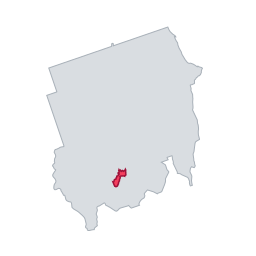 location of Al Idia, North Kordufan, Sudan, rotated 341°
{"feature_id": "16777658B26107376384565", "entity_name": "Al Idia", "entity_type": "district", "adm_level": 2, "iso_a3": "SDN", "parent_name": "Sudan", "parent_adm1": "North Kordufan", "projection": "natural_earth1", "projection_center": [27.878, 11.926], "detail": "fine", "context": "in_parent", "style": "filled", "palette": "rose", "viewbox_px": 256, "rotation_deg": 341, "n_neighbors": 0, "source": "geoboundaries", "source_scale": "gbopen_adm2", "svg_char_len": 5349}
<svg xmlns="http://www.w3.org/2000/svg" viewBox="0 0 256 256"><g transform="rotate(341 128 128)"><path d="M170.2,203.1L168.2,203.1L168.0,202.6L168.0,201.1L168.2,199.9L168.9,198.1L168.7,197.1L168.8,195.7L168.3,194.1L163.4,189.5L162.5,188.2L159.9,187.0L160.3,185.7L159.2,176.2L159.8,175.1L159.9,173.5L159.9,172.0L160.5,169.6L160.5,168.5L155.4,168.5L155.3,169.5L155.6,170.7L155.6,171.1L148.4,171.2L151.3,174.9L151.4,176.5L151.3,178.6L151.3,179.9L151.5,180.7L152.3,182.4L152.2,182.7L152.1,183.1L147.0,188.1L146.2,190.4L145.5,191.6L144.0,193.6L139.4,198.9L138.6,199.3L135.1,199.4L134.8,199.6L134.5,199.8L134.3,199.8L131.3,196.6L126.2,192.9L122.8,194.8L121.9,195.6L121.9,197.4L121.4,198.3L120.5,199.3L118.0,199.9L116.7,200.5L115.2,201.5L113.7,203.2L113.5,204.1L113.7,204.8L105.1,204.8L104.6,204.2L103.3,201.4L102.4,201.6L94.6,201.2L93.5,201.5L91.2,202.7L90.1,202.9L89.0,202.3L84.8,196.8L84.0,196.1L83.0,194.8L82.2,194.3L81.9,193.8L81.8,193.2L81.8,192.0L81.5,191.3L80.9,191.1L75.3,192.4L74.5,192.2L73.4,192.5L73.0,192.7L72.5,193.4L72.4,194.9L72.3,195.7L71.8,196.5L70.3,198.4L69.9,199.2L70.0,201.3L69.9,202.3L69.6,202.8L68.9,203.6L68.7,204.0L68.4,206.7L67.5,208.3L67.3,208.8L67.3,210.0L67.1,210.4L64.6,211.3L63.7,211.8L63.1,212.7L63.0,213.1L61.9,212.8L60.6,212.6L57.9,212.3L56.9,211.9L56.4,211.2L56.6,209.6L56.3,209.3L55.9,209.0L55.6,208.3L55.7,207.5L57.1,205.6L57.3,204.7L57.7,200.0L57.6,198.6L56.5,196.0L54.0,191.5L53.4,190.6L50.3,186.9L50.0,186.4L49.2,184.8L50.0,181.4L50.1,180.5L49.9,179.5L49.1,178.8L48.4,178.7L47.5,177.8L46.9,177.3L46.3,176.5L46.0,175.4L46.3,171.4L46.1,170.9L45.3,170.7L45.1,170.4L45.1,169.6L44.7,167.3L44.2,165.4L44.5,164.4L43.8,163.0L42.6,162.4L40.1,162.8L39.3,162.7L38.7,162.5L38.4,162.0L38.2,161.3L38.4,160.4L39.1,158.7L40.0,157.3L41.8,156.0L42.3,155.3L42.6,154.6L42.6,153.7L42.5,152.8L42.3,151.9L41.8,150.8L41.3,149.5L41.3,148.7L41.5,148.0L42.0,147.3L43.8,145.8L45.6,144.5L46.0,144.1L45.8,143.6L45.0,142.6L44.8,140.6L44.3,139.2L45.2,138.2L45.9,137.8L47.0,137.5L47.4,137.1L47.5,136.2L47.5,135.4L47.9,134.8L48.4,133.6L48.8,133.0L50.3,131.5L50.6,130.6L50.7,129.6L50.3,126.9L51.1,125.7L52.1,124.7L53.6,124.8L55.9,124.6L57.5,124.2L58.6,124.2L61.2,124.7L61.4,124.5L61.6,123.8L61.8,70.7L72.3,70.7L72.5,70.6L72.6,45.5L138.6,45.5L139.1,45.4L140.1,43.0L140.6,42.9L141.2,43.0L141.5,43.6L140.9,45.5L198.5,45.5L198.7,48.3L199.2,50.6L200.9,53.9L202.3,55.7L202.8,56.7L202.9,57.1L202.8,57.5L202.4,57.1L201.7,56.7L201.6,58.3L202.0,61.4L202.6,63.6L202.2,65.7L202.3,69.1L203.1,73.3L203.0,75.9L204.3,82.1L205.5,85.5L206.2,86.3L206.9,86.8L208.3,87.1L210.4,88.8L212.0,90.7L212.6,91.6L213.4,92.7L214.0,92.5L214.3,92.2L214.8,93.1L217.4,94.9L217.8,95.8L216.9,96.6L215.9,98.0L215.4,99.4L215.1,99.8L214.2,100.6L214.1,101.0L213.7,101.3L213.3,101.3L212.5,101.8L211.7,101.6L210.9,101.9L210.6,102.2L209.9,102.5L209.1,102.6L207.8,103.8L206.6,104.3L206.2,104.8L205.6,107.0L205.2,107.6L203.5,107.7L202.6,107.9L201.5,107.6L200.9,107.7L200.7,108.1L200.6,110.1L200.6,110.9L199.7,113.1L200.0,117.3L199.1,120.4L199.0,121.1L198.0,123.5L197.6,124.4L196.4,129.0L195.9,130.4L194.9,131.9L196.1,142.9L195.3,146.3L195.3,148.1L194.7,150.8L194.3,152.1L193.5,153.6L192.9,155.3L192.3,157.5L192.0,161.8L191.8,162.1L188.7,162.7L187.7,163.0L187.1,163.4L186.3,164.5L184.8,167.5L183.9,169.3L182.7,171.8L181.2,173.6L180.9,174.4L180.6,176.0L180.1,178.6L179.6,180.3L179.7,181.8L179.2,184.3L179.3,185.5L178.8,186.2L178.1,186.8L177.6,187.0L175.4,185.3L173.9,186.5L173.0,188.1L172.3,189.7L172.7,193.2L172.7,194.0L172.5,194.8L171.0,198.2L170.6,199.8L170.2,202.5L170.2,203.1Z" fill="#d9dde1" stroke="#a8b0b8" stroke-width="1"/><path d="M96.5,178.7L97.0,179.0L97.3,179.5L97.7,179.6L98.1,179.6L98.5,179.5L98.8,179.5L99.1,179.4L99.3,179.2L99.8,178.7L99.9,178.3L100.1,178.2L100.7,177.8L100.8,177.6L100.8,177.4L101.1,177.0L101.3,176.6L101.4,176.4L101.7,176.1L102.2,175.5L102.7,175.2L103.0,174.2L103.4,173.7L103.7,173.4L104.5,172.5L104.5,171.3L104.6,171.1L104.8,171.0L105.7,171.2L106.0,171.2L106.3,171.3L106.7,171.4L107.7,171.7L108.5,172.0L109.1,172.5L109.2,172.2L109.4,172.0L109.6,172.0L109.9,172.0L110.4,171.9L110.6,171.8L110.7,171.6L110.9,171.2L110.9,170.9L111.0,170.4L111.2,170.0L111.4,169.4L111.4,169.1L111.5,168.8L111.6,168.5L111.7,168.0L111.7,167.9L111.8,167.7L112.0,167.4L112.1,167.2L112.2,166.8L112.2,166.7L112.0,166.3L112.0,166.2L111.7,166.5L111.5,166.8L111.3,167.0L111.1,167.2L110.8,167.2L110.4,167.2L109.9,167.4L109.6,167.5L109.4,167.1L109.1,166.4L108.9,166.3L108.7,166.3L108.3,166.6L108.0,166.8L107.8,166.9L107.5,166.9L107.4,166.9L107.3,166.7L107.2,166.2L107.2,165.7L107.1,165.4L106.9,165.1L106.7,165.1L106.4,165.2L106.1,165.1L105.7,165.1L105.7,164.8L105.4,165.2L105.4,165.6L105.4,166.3L105.4,166.6L105.0,167.0L104.4,167.1L104.0,167.2L103.9,167.3L103.9,167.6L104.0,167.6L104.5,167.8L104.7,168.3L104.6,168.7L104.3,169.0L104.1,169.0L103.7,169.0L103.5,169.5L103.2,169.7L103.1,169.8L102.9,169.9L102.7,169.9L102.3,169.9L102.1,169.9L101.9,169.8L101.7,170.0L101.4,170.5L101.0,171.2L100.7,171.3L100.4,171.4L100.3,171.7L100.2,172.0L100.1,172.3L99.9,172.4L99.7,172.4L98.7,172.3L98.4,172.5L98.2,172.6L97.9,172.8L97.7,173.3L97.3,173.9L96.9,174.3L96.4,174.4L96.2,174.2L96.2,174.3L96.2,174.8L96.2,175.0L96.3,175.3L96.3,175.6L96.3,176.1L96.3,176.7L96.4,177.1L96.4,177.4L96.4,177.7L96.4,178.0L96.5,178.2L96.5,178.4L96.5,178.5L96.5,178.7Z" fill="#f43f5e" stroke="#9f1239" stroke-width="1.5"/></g></svg>